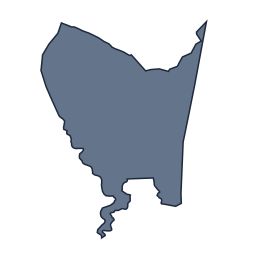 the district of Santa Cruz Acatepec, Oaxaca, Mexico, rotated 87°
{"feature_id": "50627088B90412613448643", "entity_name": "Santa Cruz Acatepec", "entity_type": "district", "adm_level": 2, "iso_a3": "MEX", "parent_name": "Mexico", "parent_adm1": "Oaxaca", "projection": "equal_earth", "projection_center": [-96.874, 18.158], "detail": "fine", "context": "isolated", "style": "filled", "palette": "slate", "viewbox_px": 256, "rotation_deg": 87, "n_neighbors": 0, "source": "geoboundaries", "source_scale": "gbopen_adm2", "svg_char_len": 2952}
<svg xmlns="http://www.w3.org/2000/svg" viewBox="0 0 256 256"><g transform="rotate(87 128 128)"><path d="M19.6,189.0L25.6,191.4L29.8,193.1L31.1,194.3L39.9,202.4L42.3,204.0L50.5,209.5L54.8,210.1L63.1,211.4L66.1,211.9L67.4,211.5L72.1,210.3L80.2,208.2L82.7,207.5L91.7,204.2L94.8,203.0L99.9,201.0L105.9,198.7L112.0,196.3L113.7,195.0L115.3,192.8L117.5,191.0L119.5,191.2L121.6,191.7L124.5,192.4L126.1,192.1L126.8,190.3L127.9,188.9L128.7,189.3L129.6,189.5L130.7,189.3L131.6,188.0L132.5,186.4L133.7,185.9L135.0,185.5L136.1,185.2L138.6,185.7L140.5,185.1L141.3,185.2L142.1,185.2L143.7,184.7L144.9,183.6L145.8,181.3L145.8,178.6L145.9,175.8L146.2,173.8L147.3,173.6L148.4,174.1L149.6,175.3L151.3,177.6L153.2,178.0L155.4,178.1L157.3,176.6L158.5,175.6L160.4,175.1L161.9,173.4L163.2,170.1L164.6,167.2L166.5,166.1L168.8,165.7L171.5,165.7L173.1,163.7L174.1,160.5L175.2,158.5L177.2,157.3L178.3,157.1L180.2,157.0L181.1,157.1L183.7,157.5L184.3,157.4L186.7,157.2L187.3,157.1L189.1,156.9L190.0,156.7L192.9,155.3L193.5,154.6L194.4,153.6L194.5,153.5L194.9,151.0L195.0,150.4L195.1,146.3L195.7,146.1L196.6,145.5L197.2,144.7L197.7,144.3L198.7,144.1L199.5,144.5L199.9,145.1L201.9,146.0L203.9,149.1L204.3,149.7L205.1,152.6L205.4,153.5L206.6,157.7L207.6,158.3L208.4,158.8L209.3,159.4L211.7,160.0L212.0,160.0L214.5,159.7L214.8,159.5L216.5,158.4L217.0,157.7L218.2,156.2L219.3,155.8L219.7,155.6L221.6,156.5L222.0,157.0L223.6,159.2L225.8,161.4L227.3,162.9L227.8,163.5L229.5,163.9L230.6,164.2L231.8,163.1L232.6,161.5L233.7,160.4L234.9,160.0L236.4,160.1L234.2,156.4L232.9,156.6L230.7,159.0L229.9,159.0L229.3,158.6L229.1,157.6L229.6,154.1L229.8,152.7L229.7,151.4L229.5,150.4L228.8,149.6L227.8,149.6L224.7,150.5L223.1,150.5L220.2,148.1L219.2,146.7L218.1,146.9L217.2,147.4L216.5,148.5L215.2,148.9L212.9,150.3L211.8,149.6L211.3,146.4L209.6,145.2L209.8,142.9L209.7,141.6L208.2,138.2L208.9,135.0L209.0,134.2L208.1,133.1L207.2,132.6L205.4,132.2L203.4,132.2L200.9,129.6L198.0,129.5L196.4,129.5L195.1,129.1L194.5,130.4L194.2,132.5L192.6,134.5L190.5,137.4L188.7,136.9L186.4,136.9L183.8,136.0L182.2,134.3L181.8,132.5L180.7,131.4L178.9,131.4L178.9,127.4L179.2,107.6L179.2,105.4L182.6,104.8L186.3,104.7L187.2,104.2L187.8,103.9L189.6,102.6L191.4,101.3L193.1,99.8L193.8,99.8L194.7,101.4L195.7,101.9L196.2,102.2L196.9,102.5L198.1,101.2L198.9,100.7L199.3,100.5L200.4,98.6L201.7,98.1L203.0,98.3L204.4,98.9L205.5,98.5L205.9,96.0L206.3,94.4L208.7,84.5L206.3,79.3L206.0,78.7L199.8,78.6L196.9,78.6L145.1,73.7L118.8,66.9L112.6,65.3L88.7,59.2L25.9,44.1L35.8,54.6L37.9,54.5L45.0,50.3L47.8,55.8L56.5,61.0L59.9,69.9L65.7,73.6L69.0,75.4L71.5,83.3L73.6,84.7L70.6,93.7L70.8,100.9L70.9,102.5L71.6,106.0L71.9,107.4L67.8,110.7L55.1,120.9L55.7,122.7L55.3,123.3L51.9,128.4L49.6,133.3L48.3,136.4L48.0,137.1L46.1,140.1L45.5,140.4L43.0,142.6L41.0,146.2L40.8,146.8L40.6,147.1L40.0,147.9L36.5,152.5L31.4,161.6L28.6,168.2L26.4,172.1L24.3,176.2L24.1,179.1L19.6,189.0Z" fill="#64748b" stroke="#1e293b" stroke-width="1.5"/></g></svg>